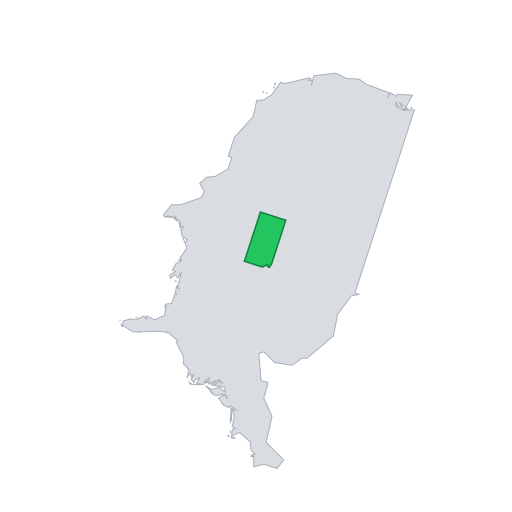 location of Kansas within United States of America, rotated 108°
{"feature_id": "USA-3530", "entity_name": "Kansas", "entity_type": "State", "adm_level": 1, "iso_a3": "USA", "parent_name": "United States of America", "parent_adm1": "", "projection": "mercator", "projection_center": [-97.125, 38.5], "detail": "fine", "context": "in_parent", "style": "filled", "palette": "green", "viewbox_px": 512, "rotation_deg": 108, "n_neighbors": 0, "source": "natural_earth", "source_scale": "10m", "svg_char_len": 5801}
<svg xmlns="http://www.w3.org/2000/svg" viewBox="0 0 512 512"><g transform="rotate(108 256 256)"><path d="M403.4,191.3L430.2,188.6L441.5,166.5L451.6,170.4L451.6,184.1L457.3,193.0L447.1,196.2L446.5,198.6L444.9,195.5L442.3,200.7L434.4,204.3L429.0,217.1L433.3,222.4L436.3,221.8L435.5,219.4L436.4,220.5L436.6,223.2L428.1,224.9L426.6,222.1L425.6,226.0L415.9,226.8L408.5,231.8L409.3,229.0L408.6,227.2L406.5,233.8L408.6,235.0L407.8,240.6L402.8,247.7L397.7,243.3L400.9,238.8L397.3,241.9L398.7,246.9L400.8,249.7L401.1,252.8L394.9,264.1L396.8,257.0L392.0,250.3L395.3,243.1L390.4,245.3L392.0,255.8L387.4,252.6L385.8,253.0L387.3,249.7L387.2,248.7L385.6,251.3L385.5,253.5L392.6,257.5L391.0,259.4L387.9,255.8L386.7,255.1L390.6,259.5L392.3,260.4L391.3,263.0L389.1,261.0L392.4,264.9L391.6,265.5L390.0,263.5L385.7,262.5L391.0,266.3L394.4,266.2L397.7,275.6L394.8,268.4L395.7,273.1L389.3,272.1L393.8,276.7L396.1,275.4L393.2,279.6L387.2,278.1L390.8,280.3L387.6,282.4L391.4,284.0L384.6,284.9L381.0,291.6L374.6,293.4L362.5,305.4L360.9,304.0L356.3,314.9L356.0,317.5L357.8,325.7L366.2,349.3L363.1,361.6L358.8,362.3L354.6,355.7L353.8,350.3L347.6,343.9L349.7,341.0L346.7,341.2L348.0,332.9L340.8,324.6L329.4,326.6L327.4,321.7L316.3,321.3L317.7,319.4L315.7,321.3L310.7,322.1L310.7,318.4L309.8,321.0L294.5,321.8L301.0,323.6L298.7,327.1L303.7,330.4L301.1,332.2L295.7,327.7L295.3,331.2L287.8,329.7L283.6,325.3L281.0,327.6L270.0,324.2L263.6,328.9L265.2,327.6L261.8,326.4L260.0,332.3L253.3,336.1L254.9,334.9L250.5,334.3L252.0,336.3L246.9,338.8L244.9,345.2L242.6,344.2L244.6,346.0L244.9,351.8L247.0,355.4L245.5,356.6L233.3,352.1L230.5,343.5L217.4,326.1L210.7,325.1L204.3,332.0L196.4,327.4L192.8,319.3L182.1,309.6L169.8,309.5L169.8,313.2L150.0,313.3L124.4,301.8L107.6,303.3L105.2,297.0L98.0,291.0L83.1,286.2L83.0,281.6L70.1,260.6L70.5,258.4L73.1,261.2L71.4,256.5L76.9,256.1L66.7,256.7L57.4,236.4L59.2,225.2L55.9,212.5L58.6,204.1L59.7,179.2L65.1,179.8L59.2,178.6L60.8,171.6L58.7,171.7L54.7,156.9L68.2,159.5L65.7,167.3L69.9,161.7L69.6,168.2L66.5,169.8L68.7,170.1L71.2,167.4L71.9,160.8L68.1,150.5L260.8,150.5L260.8,146.4L264.6,153.1L286.2,160.3L308.1,157.7L337.6,175.9L338.8,180.5L348.7,187.9L351.6,205.2L344.6,218.8L347.8,223.2L373.2,212.6L372.3,206.2L374.6,205.1L388.7,204.7L403.4,191.3ZM418.8,229.6L423.0,228.9L408.1,232.8L420.4,228.1L418.8,229.6ZM69.2,156.9L71.1,161.1L71.0,161.7L68.5,158.6L69.2,156.9ZM246.8,354.4L245.2,349.2L245.3,346.3L245.5,349.4L246.8,354.4ZM448.1,196.7L448.0,198.7L447.3,198.2L448.1,196.7ZM283.7,326.9L284.0,328.1L282.8,327.1L283.7,326.9ZM88.9,291.4L90.6,290.7L90.7,290.9L88.9,291.4ZM87.1,290.9L86.4,291.8L85.8,291.0L87.1,290.9ZM432.0,225.2L430.8,226.4L430.5,226.2L432.0,225.2ZM246.2,343.6L245.3,345.9L247.5,341.4L246.2,343.6ZM363.8,341.6L365.3,346.2L363.5,341.1L363.8,341.6ZM97.6,295.5L98.4,296.8L97.5,295.6L97.6,295.5ZM363.9,362.2L362.5,363.7L364.7,360.7L363.9,362.2ZM398.2,278.8L396.6,280.7L397.9,276.1L398.2,278.8ZM67.4,153.5L67.4,154.7L66.6,154.1L67.4,153.5ZM252.1,337.3L249.7,338.4L252.1,336.9L252.1,337.3ZM436.0,225.8L435.9,227.2L434.6,226.8L436.0,225.8ZM97.6,299.2L98.2,300.8L97.4,299.4L97.6,299.2ZM249.1,339.2L248.1,339.8L249.0,338.9L249.1,339.2ZM400.4,255.0L398.8,257.7L400.7,254.0L400.4,255.0ZM262.9,330.0L261.3,330.9L263.5,329.3L262.9,330.0ZM356.6,316.1L356.3,318.1L356.2,316.7L356.6,316.1ZM391.9,284.3L391.4,284.7L393.0,283.2L391.9,284.3ZM333.5,326.2L331.6,327.2L330.8,327.0L333.5,326.2ZM310.0,321.8L309.6,322.1L308.5,322.1L310.0,321.8ZM351.7,350.4L352.0,351.8L351.4,350.2L351.7,350.4ZM305.1,324.5L304.8,325.8L304.7,323.5L305.1,324.5ZM359.6,365.4L358.6,365.6L360.0,365.2L359.6,365.4ZM407.4,241.6L406.6,242.9L407.6,241.0L407.4,241.6ZM395.4,281.2L394.7,281.6L395.4,281.2Z" fill="#d9dde1" stroke="#a8b0b8" stroke-width="1"/><path d="M212.8,265.4L212.8,264.6L212.8,263.8L212.8,262.9L212.8,262.1L212.8,261.3L212.8,260.5L212.8,259.6L212.8,258.8L212.8,258.0L212.8,257.2L212.8,256.3L212.8,255.5L212.8,254.7L212.8,253.8L212.8,253.0L212.8,252.2L212.8,251.3L212.8,250.5L212.8,249.7L212.8,248.8L212.8,248.0L212.8,247.1L212.8,246.3L212.8,245.4L212.8,244.6L212.8,243.8L212.8,242.9L212.8,242.1L212.8,241.2L212.7,240.4L212.7,239.5L212.7,238.7L214.4,238.7L215.9,238.7L217.3,238.7L218.8,238.7L220.2,238.7L221.7,238.7L223.2,238.7L224.6,238.7L226.1,238.7L227.5,238.7L229.0,238.7L230.5,238.7L231.9,238.7L233.4,238.7L234.9,238.7L236.3,238.7L237.8,238.7L239.2,238.7L240.7,238.7L242.2,238.7L243.6,238.7L245.1,238.7L246.5,238.7L248.0,238.7L249.5,238.7L250.9,238.7L252.4,238.7L253.9,238.7L255.3,238.7L256.8,238.7L258.2,238.7L259.7,238.7L260.1,239.0L260.3,239.2L260.5,239.3L260.6,239.5L260.8,239.5L261.1,239.8L261.3,239.9L261.6,239.8L261.8,239.6L262.0,239.5L262.3,239.5L262.3,239.8L262.4,240.0L262.7,240.2L262.7,240.3L262.7,240.6L262.7,240.8L262.8,240.8L262.8,241.0L262.7,241.1L262.2,241.0L262.1,241.4L262.0,241.5L261.9,241.6L261.7,241.8L261.5,242.1L261.5,242.3L261.5,242.5L261.4,242.5L261.2,242.5L261.2,242.9L261.4,243.1L261.5,243.1L261.7,243.5L261.8,243.6L262.2,243.9L262.2,244.0L262.3,244.1L262.6,244.2L262.6,244.4L262.6,244.7L262.8,245.1L263.0,245.3L263.1,245.5L263.2,245.8L263.4,245.9L263.7,246.1L263.8,246.1L264.1,246.1L264.3,246.1L264.3,246.3L264.5,246.3L264.5,246.5L264.6,247.3L264.6,248.4L264.6,249.6L264.6,250.7L264.6,251.9L264.6,253.0L264.6,254.1L264.6,255.3L264.6,256.4L264.6,257.5L264.6,258.7L264.6,259.8L264.6,260.9L264.6,262.0L264.6,263.2L264.6,264.3L264.6,265.4L263.0,265.4L261.4,265.4L259.7,265.4L258.1,265.4L256.5,265.4L254.9,265.4L253.3,265.4L251.7,265.4L250.1,265.4L248.5,265.4L246.9,265.4L245.2,265.4L243.6,265.4L242.0,265.4L240.4,265.4L238.8,265.4L237.2,265.4L235.6,265.4L234.0,265.4L232.4,265.4L230.7,265.4L229.1,265.4L227.5,265.4L225.9,265.4L224.3,265.4L222.7,265.4L221.1,265.4L219.5,265.4L217.8,265.4L216.2,265.4L214.6,265.4L212.8,265.4Z" fill="#22c55e" stroke="#15803d" stroke-width="1.5"/></g></svg>